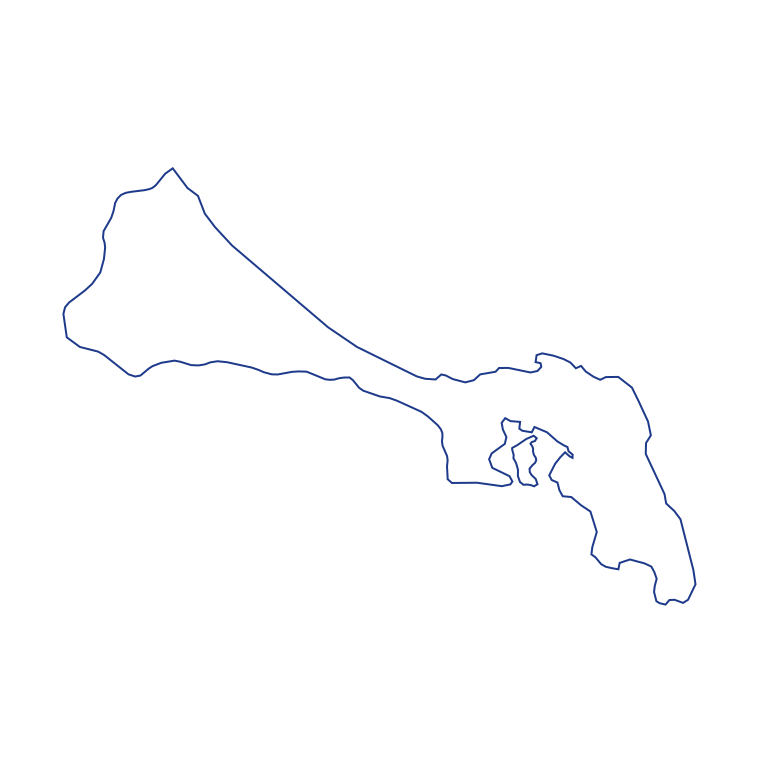 the Prefecture of Ishikawa, rotated 94°
{"feature_id": "JPN-1842", "entity_name": "Ishikawa", "entity_type": "Prefecture", "adm_level": 1, "iso_a3": "JPN", "parent_name": "Japan", "parent_adm1": "", "projection": "albers", "projection_center": [136.851, 36.797], "detail": "fine", "context": "isolated", "style": "outline", "palette": "blue", "viewbox_px": 768, "rotation_deg": 94, "n_neighbors": 0, "source": "natural_earth", "source_scale": "10m", "svg_char_len": 2815}
<svg xmlns="http://www.w3.org/2000/svg" viewBox="0 0 768 768"><g transform="rotate(94 384 384)"><path d="M183.6,609.8L202.2,593.7L209.3,582.7L226.6,574.6L239.3,563.5L256.4,545.3L331.3,443.8L348.9,413.6L374.1,351.9L375.9,343.5L375.9,332.9L373.3,330.3L370.5,327.5L371.1,323.2L374.3,315.7L376.7,303.0L373.9,294.6L367.7,288.7L364.0,273.6L360.0,270.3L359.3,260.9L362.3,238.6L360.3,231.8L355.9,228.3L352.3,229.3L351.6,234.3L344.6,233.8L342.4,228.3L343.9,217.0L346.6,206.6L349.6,199.5L354.9,193.7L352.2,188.7L357.5,183.6L362.2,175.4L364.7,168.6L361.6,163.1L360.6,150.8L370.3,136.4L382.5,129.3L403.0,118.0L416.6,114.2L424.6,118.5L435.5,118.0L474.2,96.5L483.5,94.2L490.5,85.5L498.3,78.8L548.0,62.4L562.1,59.3L578.0,65.6L581.5,70.4L579.0,79.0L579.6,84.2L584.4,87.8L583.4,93.8L581.7,97.1L572.6,100.1L566.5,99.8L559.3,98.4L552.6,101.3L547.5,104.6L544.8,111.5L541.9,126.4L546.0,136.4L552.5,137.3L551.8,144.1L550.8,150.2L548.5,154.9L542.1,161.0L539.5,165.2L532.1,164.8L516.8,161.4L496.8,169.2L491.2,179.0L483.7,189.3L483.5,197.9L477.7,201.6L470.2,204.1L468.1,210.0L463.6,212.8L451.6,207.7L444.6,202.9L439.5,198.6L443.2,193.8L444.5,190.8L441.3,190.9L438.1,195.3L434.1,196.6L432.7,200.2L429.2,207.0L420.8,218.0L416.4,230.9L421.9,233.2L421.0,242.7L419.1,245.9L412.3,245.6L412.2,255.2L409.6,260.7L414.5,263.9L421.0,262.3L428.4,258.2L435.3,259.3L445.7,271.7L451.7,273.9L460.1,270.1L467.2,252.4L472.3,249.1L475.3,250.9L477.7,259.3L476.0,284.4L478.0,309.3L474.5,313.9L473.8,313.9L461.8,315.4L455.7,315.2L451.4,316.1L441.4,321.3L436.9,322.2L432.9,322.0L428.7,322.4L425.1,324.2L421.4,327.5L413.4,337.8L409.2,344.6L399.7,370.1L397.7,377.3L396.7,387.3L392.2,404.0L389.6,408.5L382.4,415.2L379.9,418.9L380.4,424.7L381.4,429.3L383.1,434.0L383.6,438.3L383.4,442.9L377.1,462.0L377.4,470.0L378.3,476.6L381.9,490.7L382.2,496.6L380.6,504.8L378.7,510.1L376.8,517.2L373.2,542.1L372.9,551.6L374.5,558.7L376.9,563.9L378.4,570.3L378.6,577.7L376.0,588.9L375.3,594.6L378.4,607.7L382.3,616.1L385.0,619.7L392.6,627.6L393.9,632.8L392.2,639.5L374.5,665.4L371.6,671.5L368.3,689.9L359.6,703.7L336.5,708.7L329.7,707.5L324.6,703.8L311.7,689.0L304.4,682.1L292.5,674.8L278.9,672.1L267.5,671.7L262.5,672.6L257.8,674.5L251.1,674.4L237.3,667.7L230.4,665.9L222.1,664.8L217.6,662.8L213.7,659.5L211.3,654.9L209.9,649.5L207.4,636.7L206.0,631.9L204.8,629.1L202.5,626.4L201.1,625.1L189.4,616.9L188.7,616.0L183.6,609.8ZM475.6,227.2L474.6,230.4L474.3,234.1L474.8,237.9L472.3,241.5L466.5,244.0L460.0,244.4L453.7,246.7L449.0,249.7L445.7,249.7L440.1,251.7L438.8,251.6L435.7,246.8L428.9,238.2L425.2,231.1L427.4,227.9L430.3,229.4L431.7,232.7L433.4,233.7L435.5,231.9L437.9,230.8L441.1,230.6L444.3,229.5L446.9,227.5L449.3,226.8L452.0,227.7L454.8,230.4L458.3,232.9L461.7,232.4L464.4,230.6L468.2,226.0L473.3,223.9L475.6,227.2Z" fill="none" stroke="#1e3a8a" stroke-width="2"/></g></svg>